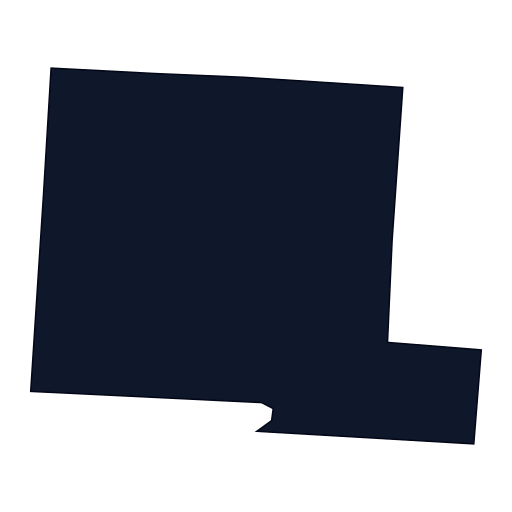 Pickaway, Ohio, United States of America (Albers equal-area conic projection)
{"feature_id": "52423323B28425501128806", "entity_name": "Pickaway", "entity_type": "district", "adm_level": 2, "iso_a3": "USA", "parent_name": "United States of America", "parent_adm1": "Ohio", "projection": "albers", "projection_center": [-82.977, 39.64], "detail": "fine", "context": "isolated", "style": "filled", "palette": "ink", "viewbox_px": 512, "rotation_deg": 0, "n_neighbors": 0, "source": "geoboundaries", "source_scale": "gbopen_adm2", "svg_char_len": 304}
<svg xmlns="http://www.w3.org/2000/svg" viewBox="0 0 512 512"><path d="M402.8,87.5L244.4,77.3L154.5,73.5L51.1,68.1L43.4,195.9L30.7,391.4L261.6,402.6L273.2,408.6L271.6,420.6L256.8,431.3L473.8,443.9L481.3,349.9L387.5,342.4L392.1,240.7L402.8,87.5Z" fill="#0f172a" stroke="#020617" stroke-width="1.5"/></svg>